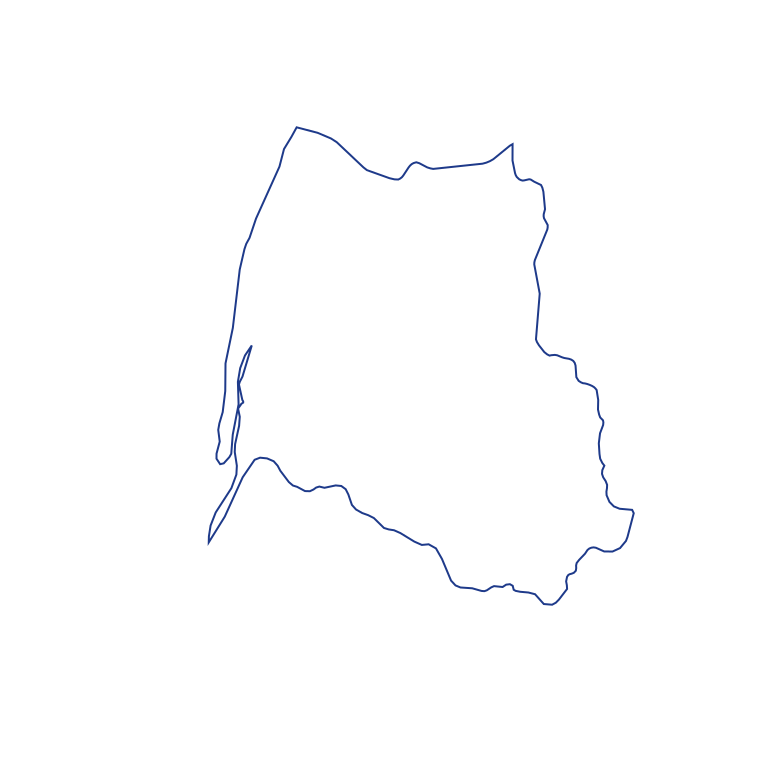 the border of Barima-Waini, rotated 246°
{"feature_id": "GUY-675", "entity_name": "Barima-Waini", "entity_type": "Region", "adm_level": 1, "iso_a3": "GUY", "parent_name": "Guyana", "parent_adm1": "", "projection": "orthographic", "projection_center": [-59.909, 7.754], "detail": "fine", "context": "isolated", "style": "outline", "palette": "blue", "viewbox_px": 768, "rotation_deg": 246, "n_neighbors": 0, "source": "natural_earth", "source_scale": "10m", "svg_char_len": 2986}
<svg xmlns="http://www.w3.org/2000/svg" viewBox="0 0 768 768"><g transform="rotate(246 384 384)"><path d="M297.6,306.5L303.5,306.2L308.2,303.5L311.0,298.6L313.4,287.4L316.6,283.2L317.0,279.9L316.3,276.7L316.2,272.7L318.3,268.3L325.4,262.8L328.3,259.5L333.1,257.2L346.9,254.0L352.6,253.6L358.3,251.8L363.6,246.9L367.1,240.8L367.4,235.0L356.3,217.0L327.6,184.6L310.6,159.5L316.1,162.1L325.2,168.0L335.1,178.0L350.9,202.2L361.3,212.3L369.1,216.3L382.6,220.0L389.6,223.5L404.7,234.6L412.7,238.9L420.9,240.7L423.4,244.9L423.9,245.5L424.3,247.8L425.4,248.3L427.1,248.1L442.6,251.3L444.7,253.2L448.3,257.7L473.0,278.9L466.6,268.6L457.0,259.1L445.4,251.4L424.6,242.9L399.2,225.2L382.4,216.1L380.1,213.0L376.7,205.3L377.4,201.7L383.9,200.6L388.5,202.7L398.2,210.5L409.5,213.9L415.0,217.6L423.9,225.2L442.1,236.1L467.3,247.6L496.7,268.7L547.3,298.8L564.0,311.4L568.1,315.2L572.2,320.6L587.2,334.4L625.1,376.9L639.3,388.2L647.4,399.9L654.0,408.6L640.5,425.5L629.9,435.4L624.1,439.2L590.3,453.3L586.3,455.4L569.8,472.7L566.7,476.8L565.0,480.2L565.1,482.3L565.6,484.4L566.6,486.4L571.8,494.5L572.9,496.6L573.6,498.7L573.8,500.9L573.4,503.7L571.4,506.0L564.3,511.6L562.1,514.1L560.5,516.4L545.2,563.6L544.6,567.5L544.5,571.4L544.9,575.3L550.5,595.9L550.8,599.0L535.9,592.3L523.4,589.5L521.2,589.3L519.1,589.5L516.0,590.8L514.5,592.1L513.5,593.3L513.0,594.8L512.0,599.9L511.1,601.2L507.7,603.5L501.9,608.4L498.9,608.5L494.8,607.8L478.2,602.2L474.2,599.0L472.4,598.1L470.4,597.6L462.6,598.2L460.3,597.1L458.7,596.0L435.8,572.2L433.9,570.8L432.1,569.9L403.2,563.0L363.0,541.0L360.2,540.8L356.3,541.3L348.0,543.4L344.7,545.1L342.6,546.8L342.3,548.4L341.1,551.9L339.8,553.9L336.0,557.5L334.4,559.3L331.8,563.2L330.1,565.0L328.1,566.3L325.8,566.8L323.0,566.5L312.0,562.5L307.7,563.1L305.4,564.6L303.8,566.1L302.8,567.8L301.4,569.6L299.6,571.5L297.6,573.3L295.7,574.6L294.0,575.3L292.0,575.8L282.3,573.2L273.6,569.1L268.6,568.1L265.5,567.9L261.7,569.3L259.7,568.8L257.4,567.5L251.1,561.3L242.4,556.1L232.4,552.4L227.8,551.1L223.1,551.3L219.8,552.1L216.5,548.4L213.2,546.6L209.6,546.3L205.1,547.0L201.1,546.8L198.1,545.3L195.2,543.4L191.8,542.1L184.6,542.0L178.7,544.2L174.2,548.5L168.1,559.5L164.4,559.6L145.2,544.2L142.2,541.2L138.1,532.9L138.0,524.6L141.5,517.0L148.2,511.0L149.5,509.0L150.1,506.9L150.2,504.7L149.6,502.4L147.2,498.6L144.0,490.8L142.1,487.2L140.1,485.7L137.6,484.7L135.4,483.3L134.3,480.6L134.4,478.2L134.7,476.5L134.6,474.8L133.4,472.8L129.6,470.1L125.8,469.2L122.3,467.9L115.9,456.1L114.3,452.0L114.0,447.8L118.0,440.5L130.5,436.5L134.8,431.1L138.8,423.9L141.5,420.1L143.3,418.8L147.3,419.5L149.9,417.6L151.0,414.0L150.3,409.8L154.6,402.3L154.6,399.3L153.7,394.0L153.9,391.5L155.3,388.9L161.5,381.5L167.0,371.1L170.9,367.4L177.1,365.3L200.6,365.8L212.7,364.6L219.4,359.6L221.6,353.1L227.7,347.6L241.2,338.3L242.2,337.4L246.3,333.7L249.2,329.2L252.5,325.4L265.7,320.2L270.6,316.2L275.0,311.6L280.7,307.4L286.6,305.5L297.6,306.5Z" fill="none" stroke="#1e3a8a" stroke-width="2"/></g></svg>